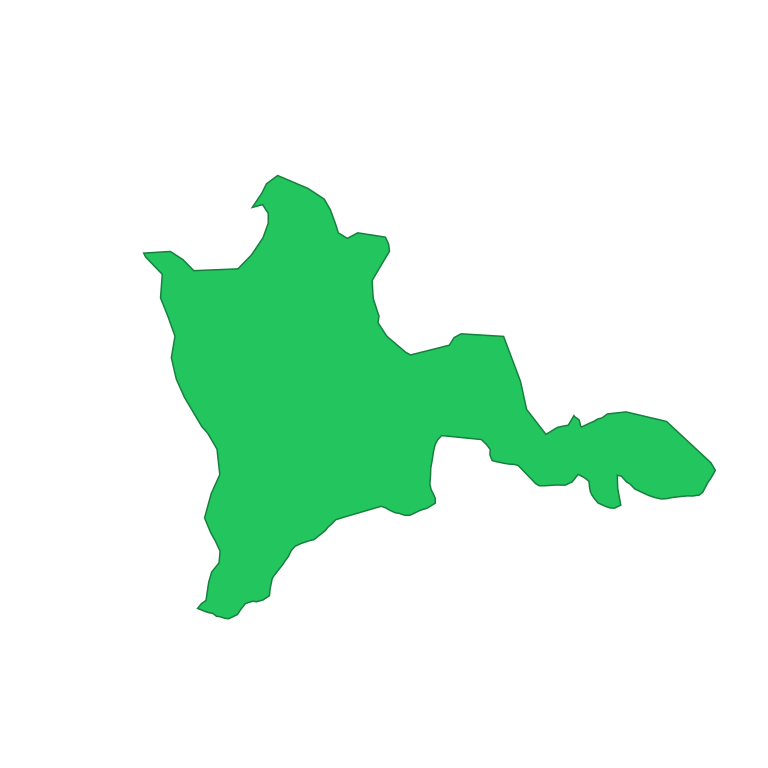 outline of Ukwa East, Abia, Nigeria, rotated 65°
{"feature_id": "59680162B72042998542035", "entity_name": "Ukwa East", "entity_type": "district", "adm_level": 2, "iso_a3": "NGA", "parent_name": "Nigeria", "parent_adm1": "Abia", "projection": "albers", "projection_center": [7.459, 4.962], "detail": "fine", "context": "isolated", "style": "filled", "palette": "green", "viewbox_px": 768, "rotation_deg": 65, "n_neighbors": 0, "source": "geoboundaries", "source_scale": "gbopen_adm2", "svg_char_len": 2870}
<svg xmlns="http://www.w3.org/2000/svg" viewBox="0 0 768 768"><g transform="rotate(65 384 384)"><path d="M602.3,120.2L593.6,121.0L537.3,143.8L511.6,176.4L505.5,194.3L505.8,195.4L506.8,200.4L506.8,201.5L506.2,204.0L506.1,206.3L506.5,208.7L506.4,216.5L506.5,222.6L506.2,223.1L505.5,223.4L505.2,223.7L504.9,223.6L503.7,223.2L501.7,222.8L500.1,222.5L499.1,222.4L498.4,222.6L494.0,225.1L492.9,225.2L499.2,234.4L497.5,241.1L496.6,245.3L498.1,258.5L467.3,265.5L439.4,259.2L391.4,255.5L371.1,292.9L371.4,298.4L371.6,300.9L376.4,308.4L368.9,347.6L364.3,351.0L342.5,361.0L341.0,361.4L325.9,363.5L320.1,359.7L318.8,359.7L302.4,357.7L297.1,355.8L285.1,350.9L277.9,340.4L266.0,322.9L259.2,320.7L251.5,320.7L235.9,343.9L236.5,355.7L227.8,361.5L218.8,360.3L203.7,359.0L191.3,360.0L174.8,370.1L150.1,392.3L152.9,405.9L159.2,413.8L168.3,428.7L169.2,423.7L170.1,418.2L180.5,416.8L189.4,421.0L200.3,431.8L211.0,449.5L217.9,467.8L200.9,508.5L186.4,513.6L173.6,521.6L163.8,546.5L168.4,546.3L190.9,538.6L202.7,545.2L211.6,550.2L218.1,550.5L230.6,551.2L235.2,551.6L252.3,553.2L266.8,563.2L270.3,565.6L286.1,569.0L291.9,570.2L312.0,570.5L345.7,567.1L351.1,565.5L354.3,564.6L364.6,563.6L372.5,562.9L396.7,571.1L410.4,587.0L429.5,603.2L445.6,603.9L455.3,603.2L466.2,603.2L476.4,609.1L481.6,619.7L482.0,620.0L489.5,626.6L504.9,636.8L505.9,642.3L508.6,647.8L514.0,642.8L517.2,639.5L519.4,636.2L520.6,635.6L523.7,634.0L525.8,630.7L529.0,627.4L531.1,624.1L531.1,619.8L531.0,614.3L527.7,608.9L524.4,602.4L525.4,594.8L527.5,591.5L528.6,585.0L527.4,577.3L522.0,574.1L517.6,570.9L513.3,567.7L512.2,566.1L511.1,564.4L508.9,560.1L506.7,555.7L504.5,551.4L502.3,548.1L500.1,543.8L495.7,538.4L493.5,533.0L493.5,526.4L494.5,517.7L495.5,513.3L494.4,509.0L493.7,505.8L493.2,503.6L492.1,499.2L489.9,494.9L488.8,490.5L486.6,485.1L486.7,484.4L488.6,470.9L489.8,463.3L491.1,454.7L493.5,439.1L493.7,438.2L496.9,434.9L500.1,432.7L505.4,428.3L507.6,425.0L511.8,420.6L513.9,416.2L513.9,411.9L513.8,404.3L514.8,397.7L513.7,387.9L510.5,386.4L509.3,385.8L503.9,385.8L499.6,385.9L494.2,384.8L486.6,380.5L480.2,377.3L472.5,371.9L468.9,369.5L466.0,367.6L460.6,363.3L457.5,359.2L457.3,359.0L455.1,353.6L475.5,319.2L482.1,316.7L488.2,315.4L492.9,317.9L499.0,318.4L502.0,314.9L506.8,308.4L509.4,304.6L512.0,299.8L514.6,296.8L538.5,288.6L538.8,288.4L541.7,286.4L542.6,284.7L543.9,282.0L546.0,276.6L548.1,271.1L552.3,262.4L552.2,254.7L548.0,246.3L550.5,244.3L552.9,242.4L558.8,239.3L563.6,241.1L568.3,242.4L572.5,242.5L578.0,241.5L582.3,240.3L588.7,234.8L591.9,231.5L594.0,227.2L593.9,220.6L577.0,216.2L565.3,211.1L567.9,207.8L575.4,205.5L578.6,203.3L585.1,201.1L590.4,196.7L596.9,191.2L601.1,186.8L605.4,181.3L607.5,175.9L608.5,171.5L610.6,164.9L613.7,156.2L615.9,151.8L616.9,148.4L617.9,145.3L616.8,140.9L613.6,136.6L610.3,132.3L607.0,126.8L604.8,123.6L602.3,120.2Z" fill="#22c55e" stroke="#15803d" stroke-width="1.5"/></g></svg>